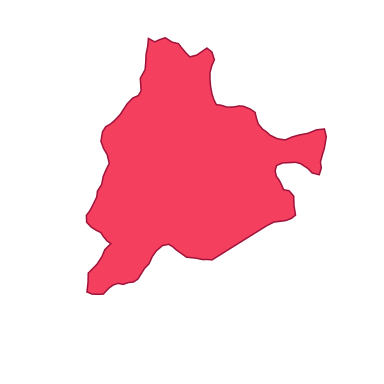 outline of Taiúva, São Paulo, Brazil, rotated 26°
{"feature_id": "56859067B50501087510424", "entity_name": "Taiúva", "entity_type": "district", "adm_level": 2, "iso_a3": "BRA", "parent_name": "Brazil", "parent_adm1": "São Paulo", "projection": "equal_earth", "projection_center": [-48.427, -21.141], "detail": "fine", "context": "isolated", "style": "filled", "palette": "rose", "viewbox_px": 384, "rotation_deg": 26, "n_neighbors": 0, "source": "geoboundaries", "source_scale": "gbopen_adm2", "svg_char_len": 1674}
<svg xmlns="http://www.w3.org/2000/svg" viewBox="0 0 384 384"><g transform="rotate(26 192 192)"><path d="M85.5,73.1L88.2,80.1L90.4,88.5L93.7,96.1L96.2,102.6L95.7,112.5L101.9,123.4L101.5,128.9L97.6,133.4L95.1,141.0L93.5,153.8L91.3,161.1L89.0,166.5L85.8,171.2L85.2,177.2L87.9,186.3L93.5,191.7L99.4,195.6L105.1,202.6L105.0,209.6L105.4,216.9L107.5,224.8L106.6,232.6L108.6,238.2L108.6,248.1L108.4,253.9L107.3,259.3L110.6,265.4L117.0,267.8L123.1,268.4L127.8,268.4L132.0,270.9L137.2,273.3L141.7,273.9L138.9,282.1L139.4,289.4L138.3,298.5L134.3,310.4L138.3,319.1L141.4,327.9L147.1,327.5L152.3,325.2L157.0,322.7L159.3,315.2L161.8,310.3L165.3,306.7L170.8,305.1L174.2,301.5L178.9,298.5L181.5,294.0L182.2,287.6L182.8,281.6L184.8,275.4L184.6,267.3L185.7,260.6L189.0,253.0L193.9,249.3L198.5,249.6L203.1,250.9L215.6,253.0L224.9,249.6L231.2,248.1L235.2,246.0L239.8,244.2L249.6,228.4L273.9,189.6L278.7,183.2L288.9,176.5L292.9,172.2L295.2,167.4L289.7,159.6L285.2,151.1L278.6,148.3L273.3,149.8L269.2,146.2L265.1,143.1L261.0,141.0L257.4,136.5L256.4,131.1L260.8,126.1L272.3,119.8L277.3,118.9L286.1,120.1L291.6,122.2L298.8,120.7L297.7,113.7L294.3,108.8L292.9,101.6L292.0,95.6L290.5,90.1L288.4,83.3L283.4,77.3L276.7,81.5L270.4,88.5L262.9,94.1L257.7,98.8L252.9,104.4L245.3,106.7L237.3,106.7L232.6,105.3L228.0,104.6L221.9,101.9L217.7,97.6L213.8,92.8L207.7,91.9L200.5,92.4L196.4,94.1L192.7,97.0L186.5,100.3L179.9,101.3L175.6,102.8L171.1,99.4L166.8,94.9L162.4,88.9L159.1,83.4L155.9,77.0L154.5,70.3L154.1,63.3L148.6,57.5L142.3,56.1L136.3,66.8L130.8,71.5L125.2,69.5L120.0,67.2L114.8,64.6L108.6,66.0L100.3,65.1L96.0,69.4L92.6,73.4L85.5,73.1Z" fill="#f43f5e" stroke="#9f1239" stroke-width="1.5"/></g></svg>